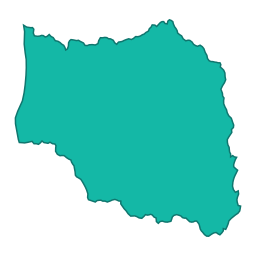 Bernardo Sayão, Tocantins, Brazil (Equal Earth projection)
{"feature_id": "56859067B43927919918993", "entity_name": "Bernardo Sayão", "entity_type": "district", "adm_level": 2, "iso_a3": "BRA", "parent_name": "Brazil", "parent_adm1": "Tocantins", "projection": "equal_earth", "projection_center": [-48.957, -7.99], "detail": "fine", "context": "isolated", "style": "filled", "palette": "teal", "viewbox_px": 256, "rotation_deg": 0, "n_neighbors": 0, "source": "geoboundaries", "source_scale": "gbopen_adm2", "svg_char_len": 3606}
<svg xmlns="http://www.w3.org/2000/svg" viewBox="0 0 256 256"><path d="M19.3,142.5L22.4,142.7L24.6,142.9L27.4,142.4L30.0,141.8L32.1,141.4L34.0,143.7L36.3,143.7L38.5,144.3L40.4,142.8L42.0,141.0L44.0,142.6L46.0,142.9L48.0,143.3L50.0,142.2L52.5,143.7L54.9,144.0L56.0,145.7L55.7,147.8L55.6,151.3L57.4,154.3L60.0,155.7L61.8,155.5L64.2,155.6L66.5,157.6L68.8,159.1L70.9,160.0L71.5,162.0L72.7,164.1L74.0,165.8L74.5,168.6L75.1,171.8L75.4,175.2L76.6,176.8L78.4,177.8L80.8,179.3L82.2,181.4L83.7,184.0L85.3,187.0L86.6,189.9L87.9,193.9L87.6,197.5L88.5,199.7L90.3,200.3L92.9,201.2L95.3,202.0L97.0,200.6L98.9,200.3L100.9,200.2L102.7,201.1L105.0,201.1L107.3,202.0L109.9,201.1L112.3,200.0L114.9,199.4L116.7,200.0L118.9,201.0L120.8,201.1L120.8,203.9L122.3,206.1L124.2,208.8L126.1,210.8L128.1,213.7L130.7,216.1L133.0,216.0L134.8,215.9L136.8,216.6L139.1,217.9L141.8,218.3L144.1,216.2L145.5,214.6L147.2,215.1L148.9,214.9L150.5,214.3L152.2,214.9L154.1,217.1L156.1,218.0L156.4,221.6L158.3,223.3L160.0,221.6L162.2,221.1L165.1,222.0L167.4,222.1L169.1,221.7L170.9,221.3L171.7,219.1L172.3,217.0L173.9,215.4L176.6,214.6L178.8,215.2L180.8,215.9L182.5,217.6L184.2,218.1L186.0,218.1L187.8,219.9L189.7,221.7L191.6,222.1L193.3,221.9L194.9,221.1L196.7,221.1L198.0,222.7L199.1,224.3L199.7,226.6L200.3,229.1L201.3,230.8L202.7,232.3L204.5,234.6L206.6,236.1L208.7,236.2L211.5,234.2L213.8,232.9L216.2,232.5L218.1,233.9L219.9,234.8L221.8,232.9L223.3,230.8L223.3,228.6L225.7,229.4L227.0,226.7L228.1,223.9L228.9,220.9L231.2,218.4L233.3,216.7L235.5,214.9L237.9,213.3L239.7,211.0L240.2,208.5L240.6,206.1L238.2,205.5L237.2,202.1L236.9,199.5L237.5,197.0L238.6,194.0L238.2,190.9L235.4,192.3L233.4,189.6L232.5,186.1L232.9,182.1L233.4,179.9L234.1,177.6L235.0,175.5L236.1,173.3L237.6,170.2L235.5,168.5L233.7,166.7L233.7,164.5L234.3,162.4L235.3,159.7L236.6,157.3L234.3,156.9L232.7,155.6L230.6,156.9L230.6,153.9L229.6,152.0L229.3,149.6L229.1,147.3L227.9,144.9L227.4,142.4L227.3,139.5L228.8,136.9L230.4,134.5L231.8,132.4L231.5,129.5L233.4,127.5L233.7,125.1L232.7,122.4L231.3,118.2L228.7,115.7L227.2,112.7L226.5,109.7L225.1,107.2L223.7,103.8L223.6,100.6L224.0,98.0L222.7,96.2L222.4,93.2L220.9,89.2L222.5,85.8L224.5,82.6L225.7,79.7L225.1,76.9L224.9,73.0L223.7,70.2L221.9,68.4L220.3,67.1L220.8,64.6L220.0,62.8L218.1,62.8L216.5,62.3L214.8,62.1L212.8,61.6L210.8,61.5L209.1,60.7L207.5,58.5L206.9,55.4L205.2,52.4L203.9,48.7L202.3,46.7L200.1,45.2L197.5,46.3L195.6,45.6L193.6,44.4L192.0,42.0L189.8,40.4L188.1,40.2L185.8,40.8L183.2,38.9L181.6,35.9L179.6,34.6L177.7,33.1L177.1,30.6L176.0,28.6L174.6,26.8L173.4,24.0L172.8,21.6L171.1,20.4L169.4,19.8L167.9,21.1L167.2,23.9L165.0,23.5L163.7,21.6L162.1,21.6L160.4,22.5L158.7,24.3L156.7,26.5L154.9,25.1L152.2,24.9L151.0,27.2L149.4,28.6L148.4,31.1L145.9,32.5L144.1,34.1L142.4,34.7L140.4,36.0L138.0,36.7L135.6,36.6L133.4,38.5L131.4,39.5L128.7,38.8L126.2,39.6L124.2,40.4L122.3,41.4L120.5,41.8L118.5,42.1L116.7,44.3L114.6,42.7L113.3,40.3L110.6,38.9L108.5,38.7L106.8,37.6L104.8,37.4L102.4,37.8L100.4,37.7L98.7,40.7L98.0,43.6L95.3,45.0L92.2,44.6L89.2,44.8L87.2,45.6L85.0,45.4L83.5,43.0L81.9,42.2L80.1,41.3L78.5,40.3L76.5,40.6L73.7,40.0L71.0,39.6L69.6,40.8L68.6,42.7L68.4,46.1L67.4,48.9L65.7,50.0L64.9,47.4L63.7,45.3L61.7,44.1L60.0,42.5L58.0,41.3L55.3,40.7L53.2,37.6L51.1,36.5L49.2,34.5L47.1,36.4L45.2,37.0L43.3,35.6L41.6,35.4L39.6,36.1L37.4,36.3L34.4,35.8L33.3,33.1L33.8,29.2L32.5,27.6L30.8,27.7L26.7,27.1L25.2,26.2L23.6,25.2L24.6,31.6L24.2,44.1L25.2,52.8L26.2,59.5L26.3,67.8L26.0,75.3L25.2,84.6L24.1,92.9L22.4,100.9L17.7,111.3L15.4,117.9L15.5,123.8L18.4,139.6L19.3,142.5Z" fill="#14b8a6" stroke="#0f766e" stroke-width="1.5"/></svg>